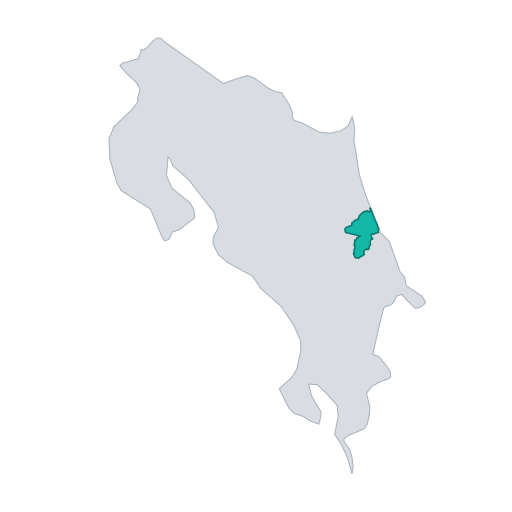 Matina, Limón, Costa Rica shown in context, rotated 13°
{"feature_id": "36466004B83376986375247", "entity_name": "Matina", "entity_type": "district", "adm_level": 2, "iso_a3": "CRI", "parent_name": "Costa Rica", "parent_adm1": "Limón", "projection": "natural_earth1", "projection_center": [-83.304, 10.011], "detail": "fine", "context": "in_parent", "style": "filled", "palette": "teal", "viewbox_px": 512, "rotation_deg": 13, "n_neighbors": 0, "source": "geoboundaries", "source_scale": "gbopen_adm2", "svg_char_len": 6405}
<svg xmlns="http://www.w3.org/2000/svg" viewBox="0 0 512 512"><g transform="rotate(13 256 256)"><path d="M431.6,262.6L431.0,264.8L429.2,267.2L426.6,269.6L423.1,271.2L414.8,266.3L406.6,260.7L402.1,263.3L400.4,270.5L397.4,274.3L393.6,275.7L392.1,278.2L391.7,302.6L392.0,325.7L398.2,326.2L408.6,334.3L413.0,339.0L414.4,343.3L413.1,345.5L405.5,350.5L398.2,356.9L394.5,364.8L400.9,377.6L402.3,386.4L402.1,395.5L400.3,399.9L386.0,410.4L382.9,414.0L383.3,416.7L391.2,423.9L394.9,430.9L398.0,439.3L398.5,446.7L391.3,433.1L381.4,420.1L372.8,412.1L372.1,393.5L368.7,383.4L355.7,374.1L344.6,367.6L336.3,368.9L341.4,379.6L354.4,393.3L355.3,398.6L355.1,405.7L346.1,404.6L338.2,401.7L328.5,400.8L322.1,396.6L308.5,380.2L318.2,366.2L321.2,357.0L320.9,338.0L318.7,328.7L308.2,314.7L291.6,299.3L268.2,286.7L257.2,276.5L229.9,268.7L219.5,263.6L211.4,254.0L210.2,247.1L213.0,236.6L205.5,223.1L173.0,196.7L154.8,186.9L150.9,181.2L148.0,179.4L150.7,197.7L158.7,208.7L179.5,218.9L185.2,224.9L187.5,232.7L175.4,247.6L169.2,251.4L167.4,259.5L163.5,261.9L159.3,257.3L142.5,233.9L109.9,222.7L104.0,215.9L91.9,194.6L86.4,175.1L88.4,162.1L101.8,141.9L106.0,133.1L105.2,127.7L105.6,119.7L100.7,114.1L88.3,106.9L80.4,101.0L82.6,98.1L96.8,90.3L97.7,83.3L97.6,80.9L99.9,80.4L102.0,78.5L103.3,76.6L107.2,69.8L110.6,65.9L114.5,65.3L119.2,68.2L137.1,75.5L157.0,83.6L185.3,95.2L197.0,87.8L207.1,82.1L214.1,82.9L229.4,89.5L238.5,91.6L244.1,91.0L253.9,100.6L259.2,107.9L260.1,112.8L263.0,115.4L270.6,115.9L289.2,120.9L300.5,119.9L310.8,114.7L316.5,108.5L318.3,98.6L320.9,103.5L323.9,111.1L325.3,121.0L338.6,153.8L349.3,172.2L372.6,205.7L382.7,211.9L399.8,238.8L405.7,243.3L409.0,251.2L426.7,257.8L431.6,262.6Z" fill="#d9dde1" stroke="#a8b0b8" stroke-width="1"/><path d="M369.0,203.1L369.6,202.5L369.4,202.2L368.3,200.5L367.1,198.5L366.0,196.8L363.4,193.5L362.7,192.5L362.4,192.0L361.4,190.6L360.0,188.5L359.6,187.9L358.9,186.9L358.4,186.0L357.2,184.4L356.5,183.5L356.3,183.6L356.2,183.9L356.3,184.1L356.5,184.3L357.0,185.1L357.2,185.3L357.2,185.5L357.2,186.0L357.2,186.7L357.2,186.8L357.2,187.0L356.9,187.2L356.8,187.3L356.7,187.5L356.5,187.4L356.4,187.3L356.2,187.2L355.9,187.3L355.7,187.3L355.7,187.2L355.1,187.1L354.7,187.2L354.3,186.9L354.1,186.9L353.9,187.0L353.7,187.2L353.6,187.4L353.4,187.5L353.2,187.6L353.2,187.9L353.2,188.0L352.8,188.0L352.7,187.9L352.6,188.0L352.4,188.1L352.1,188.1L352.0,188.3L351.9,188.3L351.6,188.3L351.5,188.5L351.3,188.6L351.1,188.7L350.9,188.9L350.6,189.0L350.4,189.4L350.3,189.6L350.1,189.8L350.1,190.1L349.6,190.3L349.4,191.1L349.1,191.2L348.9,191.4L348.7,191.8L348.6,192.0L348.4,192.4L348.3,192.7L348.1,192.8L347.8,193.1L347.7,193.3L347.5,193.7L347.5,193.8L347.5,194.3L347.5,194.8L347.3,195.2L347.3,195.3L347.5,195.5L347.5,196.0L347.4,196.4L347.2,196.6L347.0,196.8L346.9,197.0L346.7,197.3L346.4,197.5L346.3,197.8L346.2,197.8L346.1,198.0L346.0,198.3L345.9,198.5L345.5,198.4L345.3,198.4L345.2,198.5L344.7,198.7L344.6,198.9L344.2,199.1L344.1,199.3L343.8,199.7L343.7,200.4L343.6,200.7L343.6,200.8L343.2,201.0L342.9,201.2L342.6,201.3L342.4,201.5L342.2,201.8L341.9,202.1L342.0,202.4L342.1,202.6L342.3,202.9L342.4,203.1L342.4,203.3L342.4,203.6L342.2,203.8L342.1,204.5L341.9,204.7L341.7,205.1L341.6,205.4L341.6,205.5L341.2,205.8L340.9,205.9L340.3,205.8L340.2,205.9L340.1,206.0L339.9,206.1L339.7,206.2L339.5,206.4L339.0,206.6L338.8,207.0L338.6,207.3L338.2,207.4L337.9,207.5L337.7,207.6L337.5,207.8L337.5,208.0L337.1,208.3L336.9,208.8L336.7,209.0L336.6,209.4L336.6,209.6L336.6,210.1L336.7,210.3L336.8,210.5L337.0,210.9L337.0,211.0L337.2,211.6L337.3,211.7L337.5,211.6L337.5,212.2L337.6,212.4L337.7,212.5L338.4,213.0L352.9,213.1L352.5,213.5L352.0,213.9L351.9,214.2L351.7,214.2L351.7,214.3L351.5,214.7L351.4,214.8L351.2,214.9L351.1,215.0L350.9,215.1L350.6,215.3L350.3,215.5L350.1,215.8L350.1,216.0L350.3,216.4L350.3,216.7L350.1,216.9L350.2,217.0L350.1,217.4L350.1,217.6L350.0,217.8L349.9,217.8L349.6,218.0L349.3,218.3L349.2,218.4L349.1,218.6L348.6,218.4L348.6,218.6L348.9,219.3L349.0,219.6L348.9,220.0L348.9,220.3L349.3,220.7L349.4,220.9L349.4,221.0L349.2,221.1L349.1,221.3L349.1,221.6L349.0,221.9L349.1,222.1L349.1,222.3L349.0,222.5L349.3,222.8L349.4,223.1L349.2,223.2L349.2,223.4L349.4,223.6L349.6,223.7L349.8,223.6L349.9,223.9L349.8,224.2L349.8,224.3L350.3,224.7L350.5,224.8L350.4,224.9L350.4,225.0L350.5,226.0L350.6,226.3L350.5,226.6L350.4,226.7L350.3,227.1L350.2,227.5L350.1,227.8L350.1,228.1L350.2,228.6L350.3,229.0L350.5,229.4L350.5,229.5L350.8,229.8L350.8,230.3L350.7,230.5L350.3,231.3L350.5,231.4L350.6,231.6L350.8,231.9L350.9,232.1L350.9,232.6L351.0,232.8L351.3,233.0L351.7,233.5L351.8,233.6L352.1,233.9L352.2,234.1L352.2,234.4L352.3,234.7L352.4,234.8L352.6,235.0L353.0,235.1L353.5,235.3L353.8,235.4L354.3,235.4L354.6,235.4L354.7,235.2L354.9,235.1L355.0,235.1L355.6,235.0L356.0,235.0L356.5,235.1L356.8,234.7L357.0,234.6L357.2,234.3L357.4,234.1L357.4,233.9L357.4,233.7L357.5,233.5L358.0,233.3L358.1,233.0L358.4,232.8L358.8,232.5L359.1,232.4L359.3,232.2L359.6,232.0L359.9,231.9L360.0,231.8L360.2,231.6L360.3,231.2L360.9,230.4L361.0,230.3L361.1,230.2L361.1,229.8L360.9,229.5L360.8,229.4L360.6,228.9L360.3,228.7L360.2,228.6L360.2,227.8L360.3,227.1L360.4,226.9L360.5,226.7L360.5,226.4L360.4,226.1L360.4,225.8L360.5,225.7L360.8,225.6L361.0,225.4L361.3,225.1L361.5,224.9L361.6,224.6L361.9,224.1L362.1,224.3L362.3,224.3L362.6,224.6L363.1,224.7L363.3,224.8L363.9,224.5L364.0,224.2L364.5,223.7L364.6,222.9L364.4,222.4L364.3,222.2L364.2,222.1L364.1,221.8L364.0,221.4L364.1,221.1L364.3,220.9L364.4,220.7L364.5,220.5L364.7,220.2L364.8,219.9L364.9,219.7L365.0,219.6L365.0,219.3L365.0,219.1L365.0,218.8L364.9,218.6L364.7,218.4L364.3,217.8L364.2,217.7L364.2,217.4L364.1,217.1L364.1,216.5L364.1,216.1L364.1,215.6L364.1,215.3L364.2,214.9L364.3,214.7L364.7,213.8L365.0,213.7L365.5,213.4L365.8,213.2L365.8,212.8L365.7,212.7L365.4,212.7L365.2,212.6L365.1,212.2L364.8,211.9L364.6,211.8L364.3,211.6L364.1,211.1L363.6,210.5L363.5,210.3L363.5,209.8L363.6,209.1L363.6,208.9L363.7,208.7L364.0,208.4L364.1,208.5L364.4,208.5L364.6,208.3L364.9,208.3L365.0,208.4L365.2,208.5L365.4,208.6L365.5,208.4L365.6,208.1L365.9,208.0L366.0,207.8L366.2,207.7L366.4,207.7L366.5,207.6L366.9,207.4L367.1,207.4L367.3,207.2L367.5,207.1L367.5,206.9L367.6,206.7L368.2,206.5L368.7,206.0L369.2,205.9L369.5,205.9L369.9,205.7L369.9,205.4L369.8,204.9L369.6,204.4L369.3,204.1L369.0,203.3L369.0,203.1Z" fill="#14b8a6" stroke="#0f766e" stroke-width="1.5"/></g></svg>